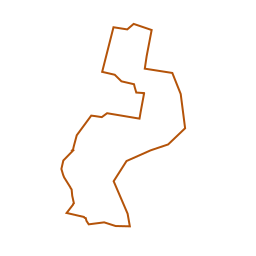 the district of Bayramaly, Mary, Turkmenistan, rotated 13°
{"feature_id": "10190150B50405020357004", "entity_name": "Bayramaly", "entity_type": "district", "adm_level": 2, "iso_a3": "TKM", "parent_name": "Turkmenistan", "parent_adm1": "Mary", "projection": "natural_earth1", "projection_center": [62.18, 37.598], "detail": "fine", "context": "isolated", "style": "outline", "palette": "amber", "viewbox_px": 256, "rotation_deg": 13, "n_neighbors": 0, "source": "geoboundaries", "source_scale": "gbopen_adm2", "svg_char_len": 846}
<svg xmlns="http://www.w3.org/2000/svg" viewBox="0 0 256 256"><g transform="rotate(13 128 128)"><path d="M72.3,182.9L75.3,188.2L76.9,190.5L85.2,198.8L85.3,199.1L86.9,200.6L88.9,206.6L92.2,213.5L91.6,214.6L91.7,215.0L87.3,224.6L105.1,224.6L105.9,225.3L107.1,225.3L108.4,227.8L111.4,230.7L126.0,225.3L138.0,226.3L151.9,223.4L146.9,211.6L126.0,183.1L134.0,160.5L154.9,144.8L156.8,143.6L170.8,135.0L183.7,115.4L171.7,83.0L158.8,64.4L131.0,66.4L130.0,53.6L129.0,27.2L110.1,25.3L105.1,32.1L91.2,33.1L90.2,79.1L103.1,79.1L111.1,84.0L124.0,84.0L125.4,86.8L128.1,91.6L135.5,90.4L135.5,90.9L135.9,90.9L136.7,109.4L137.1,116.1L136.9,116.1L136.9,116.3L104.3,118.3L100.7,122.5L100.1,123.2L100.0,123.3L93.4,123.8L89.4,124.2L79.7,146.6L79.3,157.6L79.3,161.5L78.8,162.1L79.6,162.2L72.3,174.2L72.3,182.9Z" fill="none" stroke="#b45309" stroke-width="2"/></g></svg>